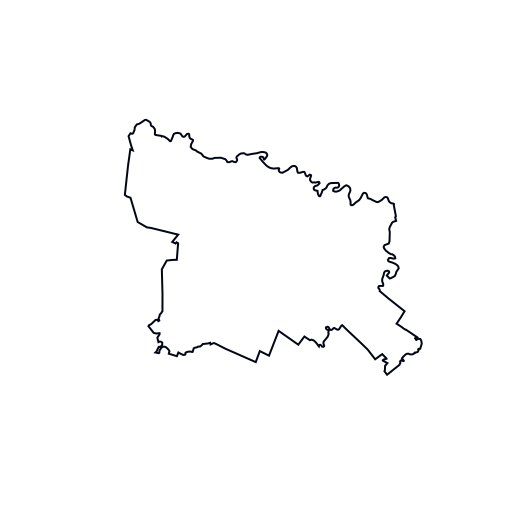 Cornesti, Dâmbovita, Romania (orthographic projection), rotated 320°
{"feature_id": "2599482B73260439310991", "entity_name": "Cornesti", "entity_type": "district", "adm_level": 2, "iso_a3": "ROU", "parent_name": "Romania", "parent_adm1": "Dâmbovita", "projection": "orthographic", "projection_center": [25.895, 44.77], "detail": "fine", "context": "isolated", "style": "outline", "palette": "ink", "viewbox_px": 512, "rotation_deg": 320, "n_neighbors": 0, "source": "geoboundaries", "source_scale": "gbopen_adm2", "svg_char_len": 6141}
<svg xmlns="http://www.w3.org/2000/svg" viewBox="0 0 512 512"><g transform="rotate(320 256 256)"><path d="M334.3,393.8L330.2,373.8L328.2,362.4L328.9,361.6L329.2,360.8L329.2,359.1L329.8,358.4L330.9,358.1L332.5,359.2L333.9,360.5L334.7,360.2L335.7,358.8L336.2,356.8L337.8,354.8L342.1,352.3L342.9,351.4L344.7,350.7L346.4,351.2L347.5,352.0L348.0,353.3L347.3,354.3L345.3,354.6L343.6,355.1L344.0,359.2L345.1,359.7L349.5,360.6L351.7,359.5L353.4,358.3L357.4,357.2L358.3,355.2L358.2,353.5L357.7,351.7L356.2,348.6L354.7,346.4L354.1,345.0L354.6,343.8L356.6,343.1L357.8,344.0L359.7,346.5L360.8,347.2L361.2,347.3L361.9,346.2L362.1,344.5L361.5,342.2L360.4,341.2L359.6,338.6L358.9,335.3L359.1,332.2L359.8,330.9L361.5,330.3L365.7,331.8L367.9,330.4L373.9,323.6L375.2,321.2L376.9,319.9L381.5,318.0L383.2,318.0L385.9,319.2L387.5,315.8L388.7,315.5L394.2,305.7L395.1,304.8L394.6,303.7L393.5,302.4L393.0,300.6L393.1,299.1L394.1,296.6L394.2,295.5L393.7,294.6L392.6,293.8L391.8,293.6L388.6,293.9L385.5,293.5L383.9,293.0L383.1,292.2L381.0,287.6L380.4,285.8L378.9,283.9L378.9,283.3L380.2,280.6L380.6,279.1L380.3,278.0L379.3,277.0L378.7,276.9L377.8,277.0L373.4,278.9L370.7,279.5L366.7,279.1L363.6,279.3L362.3,278.9L361.6,278.2L361.5,277.6L361.7,277.1L363.2,275.4L364.2,273.6L364.9,270.8L365.4,269.8L366.8,268.4L369.4,267.2L370.7,266.2L371.7,264.5L371.7,262.3L370.9,260.2L370.2,259.7L367.9,259.4L362.3,259.6L359.3,258.6L357.7,257.3L357.0,255.6L358.4,254.4L359.8,254.3L360.8,254.7L361.6,255.5L362.7,256.1L364.0,256.1L365.0,255.6L365.6,254.5L366.0,253.0L365.6,252.5L360.1,248.2L358.2,247.6L356.2,247.8L354.4,248.7L352.9,249.0L350.7,248.8L349.5,248.2L346.6,250.0L345.0,250.6L344.3,251.2L343.5,251.4L343.0,251.0L342.8,250.1L343.2,248.8L343.9,247.3L345.0,245.6L343.7,244.0L343.2,243.0L343.2,242.2L343.7,241.2L344.5,240.6L345.8,240.4L346.6,240.6L348.3,241.4L351.4,241.2L351.7,240.7L351.8,239.8L351.4,239.3L348.6,237.9L347.8,236.9L346.5,236.1L346.1,235.2L346.0,233.4L346.5,232.2L347.3,231.4L349.7,230.0L350.0,229.6L350.0,229.0L349.4,228.2L346.7,228.1L346.3,227.9L346.0,227.0L346.0,226.3L347.1,223.0L346.9,222.4L346.3,221.9L343.0,220.4L341.7,219.2L341.9,218.1L343.9,214.7L344.0,213.3L343.6,212.1L342.7,211.2L341.2,210.4L338.8,210.3L335.7,210.5L329.7,209.2L328.5,207.8L328.1,206.6L328.2,205.8L328.5,205.0L329.0,204.5L329.8,204.2L329.9,203.4L328.4,202.2L325.8,200.5L323.7,198.0L323.1,196.7L322.3,194.5L322.1,193.0L321.8,188.6L321.8,183.2L322.6,182.8L323.1,182.8L323.8,183.2L324.5,184.0L324.9,184.6L324.9,185.3L324.2,187.2L324.3,187.4L324.8,187.5L328.5,186.6L329.3,186.1L329.7,185.6L330.0,184.7L330.1,183.9L329.8,182.8L328.1,180.7L326.5,179.5L322.7,177.8L318.5,175.2L314.6,173.1L313.6,171.8L313.1,170.1L312.5,169.2L310.1,167.7L308.2,167.4L305.1,167.5L304.1,168.2L303.5,170.0L303.0,170.6L301.5,171.1L300.8,171.1L299.7,170.0L298.9,168.2L298.2,167.7L296.1,167.1L294.8,166.0L294.4,165.2L294.8,164.0L294.7,162.1L292.3,158.2L287.4,154.3L285.0,153.4L282.6,151.3L281.5,149.5L279.8,146.0L279.9,142.4L278.1,138.3L277.9,136.9L277.4,135.7L276.2,133.6L276.0,132.2L276.1,130.5L276.8,129.8L278.3,128.6L281.7,127.3L282.3,126.5L282.1,125.9L281.3,124.3L281.2,123.0L281.4,122.1L283.0,119.8L283.0,119.1L281.6,118.2L278.8,118.6L277.9,118.6L277.0,118.0L276.5,117.0L276.8,114.8L276.7,113.4L275.2,111.4L273.5,110.3L271.8,109.7L270.2,110.3L268.6,111.3L264.8,113.2L264.1,113.0L263.9,112.6L263.7,109.8L262.5,105.7L261.1,103.8L260.6,103.8L260.5,102.9L257.0,98.9L256.7,98.0L257.1,97.3L258.8,95.7L260.1,93.6L260.2,92.6L260.2,90.8L259.5,89.1L259.5,88.3L260.6,86.7L260.8,85.0L259.5,81.3L258.9,80.7L258.3,80.4L251.8,79.7L249.2,78.6L245.9,79.5L243.9,81.4L240.7,83.0L239.6,82.7L238.7,81.3L235.4,82.3L231.4,91.0L229.5,95.8L228.3,93.5L216.2,104.4L194.8,124.9L195.4,127.5L197.3,130.7L187.2,153.9L190.8,163.9L193.5,166.9L210.1,189.6L200.9,191.4L202.4,194.7L203.9,194.4L204.5,196.2L192.9,208.0L189.2,205.1L184.7,202.1L175.3,205.7L159.7,225.3L148.8,238.2L147.3,238.5L146.9,238.8L144.7,239.0L143.1,240.3L141.2,241.2L140.4,243.3L139.3,243.1L139.5,242.1L139.0,241.1L138.0,240.4L132.4,240.8L130.9,240.7L130.1,240.2L128.5,240.6L128.2,249.1L129.9,251.4L132.5,253.1L131.9,253.9L130.7,254.4L128.9,254.8L127.9,255.2L125.9,259.3L127.3,259.7L128.1,260.6L128.4,261.5L128.4,262.2L127.3,263.5L125.7,264.2L123.8,263.7L123.1,263.1L118.3,265.2L116.9,265.3L119.1,268.0L119.8,267.9L120.8,266.8L121.6,266.3L124.0,265.6L124.9,265.4L126.1,265.6L127.3,266.3L128.0,267.2L128.5,268.5L128.8,271.2L128.5,273.3L126.4,274.8L131.0,281.9L134.5,280.0L135.4,282.4L136.5,284.7L137.0,285.3L138.2,286.0L139.1,285.7L139.4,285.1L139.9,284.8L140.7,284.9L142.7,285.8L143.9,286.7L144.7,287.4L145.1,288.2L145.8,288.7L149.0,286.7L149.7,286.7L151.9,287.9L153.4,288.2L155.0,289.4L157.1,289.5L158.6,289.2L162.9,292.1L165.1,293.0L164.3,294.5L167.1,295.3L167.9,295.8L168.8,297.5L172.8,307.0L187.6,337.1L197.8,331.3L201.9,340.7L225.2,327.9L231.4,351.1L241.3,348.8L243.2,355.2L244.8,355.8L245.9,357.7L246.2,359.5L246.3,361.5L246.1,365.7L247.3,364.9L248.0,365.2L248.5,366.3L248.4,367.9L249.1,368.8L250.1,368.9L250.6,368.5L251.5,366.2L252.7,365.1L258.7,364.0L260.7,363.0L261.6,362.3L262.1,361.2L263.5,360.1L263.7,359.6L263.6,359.1L263.2,358.2L262.9,357.0L263.4,355.9L264.0,355.6L265.5,356.3L265.8,357.1L265.4,359.6L265.4,360.2L265.8,360.7L266.2,361.1L266.9,361.3L267.8,361.3L268.8,361.1L269.7,361.4L270.7,364.2L271.3,365.0L271.8,365.4L273.0,365.4L276.3,364.3L277.6,364.4L278.1,370.3L280.4,389.7L281.4,399.6L280.9,411.7L289.6,412.3L290.1,418.4L290.0,418.6L287.1,417.3L286.1,417.4L285.9,417.6L287.8,422.5L284.3,423.1L281.6,426.1L280.3,426.9L280.1,431.2L295.9,431.6L297.9,430.6L298.7,429.3L299.4,429.5L300.2,429.2L300.7,429.7L300.9,430.6L301.4,431.2L301.8,431.3L301.9,431.1L302.1,428.2L303.1,427.9L306.8,427.6L308.1,427.7L309.7,428.5L310.2,429.1L310.5,430.0L312.2,431.7L313.7,432.2L315.4,432.1L315.4,432.5L316.5,432.6L317.5,433.2L318.6,433.4L319.9,432.7L319.9,432.1L320.3,431.7L321.0,431.7L321.7,432.4L322.2,432.6L326.3,429.9L327.0,429.2L328.3,426.7L328.5,425.3L328.2,424.8L326.9,423.7L324.8,423.3L325.0,421.3L325.2,421.2L327.2,421.7L323.5,408.8L323.2,408.6L322.4,406.3L322.1,404.5L320.2,398.2L327.5,396.1L334.3,393.8Z" fill="none" stroke="#020617" stroke-width="2"/></g></svg>